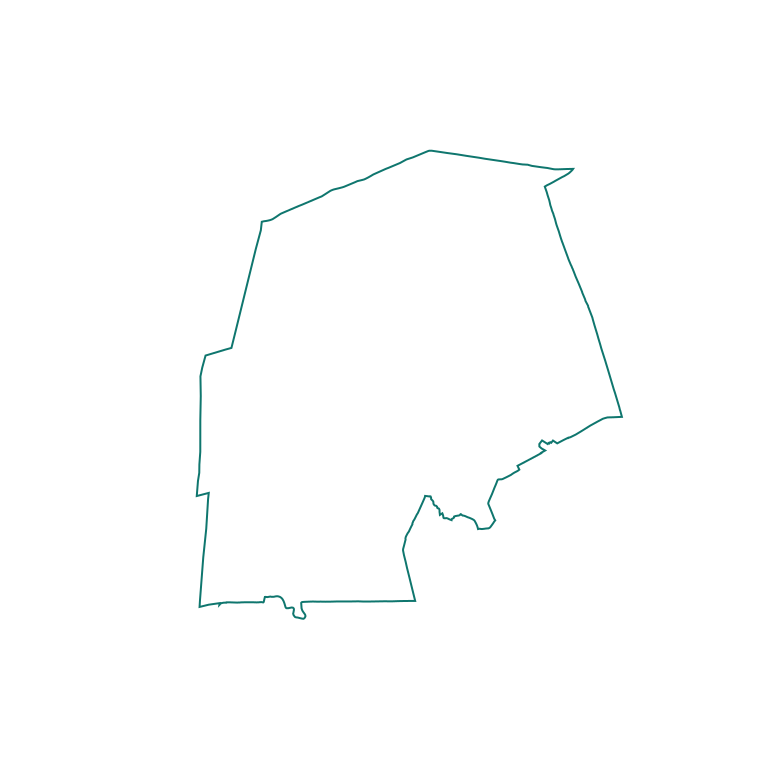 outline of Gratia, Teleorman, Romania, rotated 149°
{"feature_id": "2599482B57030470282711", "entity_name": "Gratia", "entity_type": "district", "adm_level": 2, "iso_a3": "ROU", "parent_name": "Romania", "parent_adm1": "Teleorman", "projection": "mercator", "projection_center": [25.423, 44.436], "detail": "fine", "context": "isolated", "style": "outline", "palette": "teal", "viewbox_px": 768, "rotation_deg": 149, "n_neighbors": 0, "source": "geoboundaries", "source_scale": "gbopen_adm2", "svg_char_len": 6094}
<svg xmlns="http://www.w3.org/2000/svg" viewBox="0 0 768 768"><g transform="rotate(149 384 384)"><path d="M405.2,586.0L410.4,579.2L424.3,565.8L470.3,519.5L486.4,503.3L496.2,493.5L502.3,495.2L522.3,500.3L531.4,491.6L537.4,485.1L547.3,468.0L559.9,447.9L576.4,420.5L583.7,410.1L588.1,403.0L593.4,396.7L598.9,389.0L602.2,384.4L590.3,380.9L594.1,375.9L610.9,351.5L628.2,328.5L653.4,293.0L656.9,287.9L647.9,285.1L637.7,280.8L638.9,279.4L638.5,279.5L638.1,279.8L637.6,279.9L637.0,279.9L636.2,279.9L635.1,279.5L633.8,279.0L631.8,277.8L631.6,278.0L631.1,277.8L627.9,275.8L622.2,272.1L621.3,271.7L620.8,271.3L619.3,270.6L617.3,269.5L614.6,267.9L608.9,264.5L605.8,262.5L603.7,261.3L602.9,261.0L602.5,260.7L601.7,260.4L600.7,259.6L600.1,259.0L599.7,259.0L599.3,259.2L598.7,259.8L595.8,262.8L595.3,262.6L593.7,261.4L591.6,260.6L591.0,260.4L590.0,259.5L587.9,258.3L586.6,257.9L585.4,257.4L584.3,256.7L582.9,255.2L582.1,253.5L581.8,251.7L581.9,249.7L582.2,247.9L582.6,246.2L583.3,243.6L583.3,242.6L583.1,242.1L582.7,241.8L581.7,241.2L578.3,240.0L577.3,239.2L577.0,238.4L577.1,237.5L577.7,236.6L579.2,234.9L580.1,234.0L580.5,232.7L580.4,230.8L580.2,230.0L579.5,229.2L578.3,228.3L575.4,225.4L574.1,224.3L573.5,224.2L572.9,224.3L572.3,224.5L571.1,225.2L570.6,226.1L570.4,227.1L570.7,231.0L570.6,232.4L570.2,234.2L569.0,236.5L567.9,238.7L567.6,239.1L567.2,239.2L566.9,239.3L566.4,239.2L565.9,239.0L564.3,238.2L559.2,235.4L556.9,234.1L553.0,231.6L550.4,230.1L546.4,227.6L541.1,224.5L536.1,221.7L524.3,214.6L521.3,212.9L517.6,210.7L514.4,208.6L507.4,204.4L496.0,197.8L492.2,195.5L488.2,193.1L483.7,190.6L477.6,187.1L469.0,182.0L465.8,192.4L461.8,205.3L458.9,214.8L457.0,220.5L455.0,227.1L453.8,230.4L453.4,231.5L452.7,232.6L449.4,235.8L446.4,238.8L445.7,239.4L445.2,240.5L444.2,241.6L442.9,242.5L440.6,243.9L438.7,244.7L437.8,245.3L436.2,246.4L433.9,247.9L431.9,249.1L431.4,250.0L430.9,250.3L430.1,250.9L429.7,251.3L429.1,251.6L427.8,252.2L425.4,253.7L422.9,255.3L421.9,255.7L421.1,256.2L412.2,262.4L408.1,265.3L406.8,266.4L406.4,266.9L404.2,265.2L402.9,264.1L402.7,264.2L402.0,263.7L402.1,262.6L402.3,262.1L402.7,261.4L402.9,261.0L402.8,260.5L402.6,259.8L402.4,259.0L402.3,258.0L402.4,257.6L403.1,256.2L403.3,255.7L403.3,254.9L403.2,254.1L403.0,253.6L402.3,253.0L402.0,252.7L401.7,251.5L401.8,251.2L402.0,250.8L402.1,250.5L402.1,250.2L402.0,249.9L401.6,249.6L401.4,249.4L401.2,249.1L401.1,248.6L401.2,247.9L401.3,247.4L402.3,245.7L402.9,244.3L403.5,243.0L402.9,243.0L401.3,243.1L400.6,243.1L400.7,242.5L400.8,241.9L401.1,240.7L401.8,239.0L401.9,238.6L401.8,238.4L401.7,238.1L401.4,237.9L400.9,237.5L400.0,237.1L399.6,236.9L399.3,236.7L398.5,235.7L397.7,234.4L396.2,232.5L395.6,233.2L395.2,233.4L394.8,233.4L394.2,233.3L393.6,233.3L392.7,233.5L392.5,234.0L392.3,234.2L392.1,234.3L391.8,234.2L391.2,234.1L390.7,234.0L390.0,233.7L388.4,233.1L387.8,232.8L387.4,232.7L386.8,232.6L386.4,232.6L385.8,232.9L385.4,233.0L385.2,232.9L385.1,232.7L384.8,231.8L384.5,231.1L384.4,230.8L384.2,230.7L383.7,230.3L382.9,229.5L382.2,228.6L380.9,226.7L379.7,225.3L378.7,223.9L378.0,222.9L377.2,221.5L376.9,220.7L376.8,220.1L376.8,219.4L376.9,217.2L377.1,215.3L377.3,214.1L377.7,212.5L378.1,211.2L376.6,210.7L375.7,209.9L374.7,209.2L372.5,208.2L371.5,207.8L370.2,207.2L369.3,206.7L368.9,206.5L368.3,206.4L367.5,206.4L367.1,206.4L366.7,206.5L364.5,207.4L362.2,208.4L360.2,209.4L358.9,209.8L358.9,211.8L358.6,213.5L358.1,216.3L357.5,220.0L356.4,227.2L356.3,227.7L356.0,228.1L355.7,228.5L355.3,228.8L354.8,229.3L351.6,231.6L348.3,233.9L342.7,238.2L340.2,240.0L338.6,241.2L337.0,242.5L336.1,243.1L335.7,243.3L335.4,243.3L335.0,243.2L334.7,243.1L332.8,242.0L331.9,241.6L330.9,241.4L329.6,241.3L327.6,241.1L325.1,240.9L322.1,240.7L320.9,240.8L319.1,240.9L317.7,240.9L314.8,240.7L313.7,240.7L312.1,240.9L312.0,242.1L311.8,244.0L311.7,245.1L302.9,244.6L284.9,243.7L284.9,244.1L283.8,244.1L280.1,244.0L281.2,246.0L281.7,246.7L282.1,247.6L282.5,248.7L283.0,250.4L282.5,251.3L281.9,252.1L281.9,252.4L281.8,252.5L281.5,252.7L281.2,252.8L277.6,254.2L274.6,248.2L273.4,248.7L273.0,247.9L271.5,248.5L270.9,247.5L268.3,248.5L266.1,243.9L258.9,243.5L253.9,243.1L253.9,242.8L252.7,242.7L251.7,242.4L245.7,241.9L239.5,241.9L228.6,242.1L220.4,241.8L216.9,241.6L214.4,241.5L213.1,241.2L212.3,241.0L209.8,240.3L209.2,240.0L204.6,237.4L197.0,233.3L195.6,238.2L195.2,239.6L195.2,240.0L194.2,243.2L193.6,245.6L192.4,250.3L190.6,257.4L189.8,261.0L184.7,280.8L182.9,288.0L182.5,289.5L179.4,302.6L178.3,306.6L176.8,312.5L175.7,316.5L173.4,325.7L171.7,332.0L171.2,333.6L170.6,337.0L169.4,343.8L169.3,344.2L169.3,344.8L168.8,345.9L168.5,351.4L168.0,353.1L167.0,360.3L166.8,360.6L165.4,369.8L164.4,377.4L163.5,382.4L163.2,384.4L163.0,385.3L162.9,386.7L162.6,388.3L162.5,389.9L162.1,392.6L161.9,394.0L161.6,396.0L161.3,397.3L159.5,406.7L159.0,409.2L158.4,412.4L158.2,413.3L158.1,414.2L157.8,415.5L157.4,417.4L156.8,419.9L156.4,421.5L155.5,425.0L155.0,427.5L154.2,431.4L153.7,433.3L152.5,437.3L151.5,441.8L151.2,442.7L150.7,446.0L150.1,448.2L149.6,450.3L149.5,451.0L149.1,452.3L148.5,454.0L147.7,456.5L147.2,458.7L146.5,461.7L145.7,464.6L144.9,468.5L144.5,470.4L141.9,470.4L138.7,470.1L134.1,469.9L132.6,469.9L124.5,469.6L122.6,469.4L117.6,469.4L116.0,469.6L113.7,470.1L112.2,470.5L111.1,471.0L116.9,474.3L122.9,477.6L126.5,479.7L127.9,480.7L128.7,481.4L132.8,485.1L134.1,486.1L137.8,489.0L142.2,492.6L144.8,494.7L147.3,497.3L147.8,497.9L152.1,500.8L154.1,502.4L159.1,506.6L161.5,508.5L165.8,512.2L168.9,514.8L171.6,517.0L181.6,525.2L186.0,529.0L195.6,536.9L203.4,543.5L210.8,549.4L217.6,555.0L223.1,559.5L225.0,560.6L225.9,560.9L229.0,561.4L242.7,563.4L246.1,564.2L249.1,564.9L256.5,565.2L269.0,567.0L270.0,567.2L271.9,567.5L285.2,569.1L288.2,569.1L291.5,569.2L294.3,569.4L295.8,569.6L297.9,570.2L300.4,571.0L302.3,571.6L304.9,571.9L316.5,573.6L318.3,574.0L321.4,574.9L326.8,576.6L328.2,576.9L330.4,577.2L336.6,577.0L340.8,576.9L343.2,577.3L361.9,579.9L365.5,580.5L379.3,582.4L384.6,583.1L385.7,583.1L390.6,582.8L393.9,582.7L394.7,582.7L396.0,582.9L397.4,583.2L399.3,583.8L401.2,584.5L403.0,585.3L405.2,586.0Z" fill="none" stroke="#0f766e" stroke-width="2"/></g></svg>